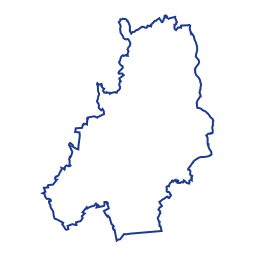 Majagual, Sucre, Colombia
{"feature_id": "7082276B64459562998455", "entity_name": "Majagual", "entity_type": "district", "adm_level": 2, "iso_a3": "COL", "parent_name": "Colombia", "parent_adm1": "Sucre", "projection": "natural_earth1", "projection_center": [-74.68, 8.557], "detail": "fine", "context": "isolated", "style": "outline", "palette": "blue", "viewbox_px": 256, "rotation_deg": 0, "n_neighbors": 0, "source": "geoboundaries", "source_scale": "gbopen_adm2", "svg_char_len": 5790}
<svg xmlns="http://www.w3.org/2000/svg" viewBox="0 0 256 256"><path d="M190.2,25.6L189.3,24.9L188.1,25.3L181.3,25.5L181.1,25.6L181.3,26.3L181.0,27.6L180.3,27.1L179.3,27.6L178.0,27.5L176.0,30.1L174.7,29.0L174.3,26.9L174.7,26.1L174.4,24.7L175.7,24.5L176.2,24.1L176.3,22.3L176.9,22.1L175.0,17.6L175.1,16.9L169.9,18.2L168.8,18.8L166.5,17.5L166.4,17.3L166.9,16.4L165.9,15.5L165.3,15.4L164.5,16.0L164.5,18.1L163.7,18.7L163.6,20.1L162.3,22.2L161.8,22.1L159.3,18.2L157.1,19.7L156.1,20.8L154.6,20.9L153.4,22.7L152.7,22.9L152.2,23.7L150.8,24.9L151.3,25.8L151.1,26.5L147.8,25.6L147.5,25.7L147.3,26.9L146.9,27.6L145.6,27.8L143.4,26.8L141.9,26.8L138.1,29.6L137.2,30.0L136.4,30.0L134.3,31.9L132.6,32.0L131.2,33.6L130.3,31.9L130.1,30.4L129.9,30.5L129.8,28.8L130.0,26.9L129.6,25.3L128.4,22.3L127.1,21.0L127.4,20.7L125.9,19.2L125.2,19.0L123.1,18.8L123.1,19.0L121.6,19.3L120.4,19.3L120.4,20.0L119.8,21.4L118.8,22.0L120.5,25.4L120.7,26.5L120.1,28.7L120.6,32.8L122.8,36.0L123.7,38.3L125.3,39.3L126.3,39.4L127.5,39.0L128.2,39.2L129.3,40.9L130.4,43.4L129.8,45.8L128.3,47.6L127.5,49.5L128.5,51.1L127.6,53.9L127.6,55.1L127.8,55.8L126.6,55.7L126.7,54.8L126.3,55.2L125.5,55.1L123.7,55.9L123.3,55.4L122.4,55.4L121.0,57.1L120.0,60.8L119.1,61.7L119.2,62.7L120.3,64.6L120.7,65.1L122.4,66.0L122.8,67.3L122.3,68.4L119.2,71.4L118.6,72.5L118.5,73.1L118.8,73.6L119.3,73.8L121.7,73.4L122.6,73.9L123.7,75.2L119.3,78.4L119.4,79.1L119.9,79.6L120.0,80.6L120.8,81.2L119.6,82.6L119.2,85.0L120.0,86.8L120.1,88.0L119.9,88.6L118.9,90.0L117.3,91.3L116.9,92.6L115.9,92.7L115.2,92.1L112.5,92.6L110.4,93.5L110.6,92.9L108.5,92.8L106.6,92.3L106.5,92.8L104.5,92.6L104.2,92.6L103.0,90.7L104.2,88.7L102.7,87.9L101.4,86.1L101.9,85.8L101.8,84.6L101.4,83.9L99.0,84.7L97.4,83.2L97.0,84.2L97.8,85.9L98.1,91.1L99.2,94.1L98.3,96.3L97.7,99.6L96.9,101.1L97.5,102.5L98.0,103.1L98.3,103.2L98.6,104.0L98.9,105.4L98.7,107.9L101.2,110.3L102.5,109.0L103.8,111.3L104.0,114.1L97.3,117.3L97.2,117.6L94.7,116.4L92.4,116.6L87.6,117.6L87.0,118.7L87.8,119.1L87.1,120.8L87.0,124.5L85.3,123.8L83.9,123.8L83.6,124.8L82.9,124.7L82.0,127.9L75.8,128.3L75.1,132.0L79.5,132.4L79.8,135.7L78.5,145.8L78.3,149.4L75.4,148.3L72.2,146.2L72.8,145.2L70.3,143.0L69.6,143.3L69.1,144.5L69.1,145.4L69.9,145.7L70.3,147.5L72.0,151.1L72.2,151.9L72.1,153.1L70.9,156.5L70.0,157.8L69.7,157.4L69.1,159.6L69.6,160.3L69.6,164.7L70.5,165.6L70.0,166.1L69.0,165.4L68.3,166.2L66.3,165.4L64.6,167.3L64.9,168.3L64.5,169.5L63.5,168.6L61.5,167.9L61.9,168.9L60.6,171.3L60.4,171.3L58.4,175.6L56.2,176.5L56.3,176.8L55.1,177.5L55.3,179.3L55.5,179.7L55.9,179.9L56.8,179.8L53.0,184.6L48.2,185.1L47.7,186.2L48.2,187.4L43.9,187.8L45.4,191.8L42.6,193.2L44.5,193.9L45.2,196.8L46.7,198.8L49.3,198.9L50.2,199.4L50.7,200.0L50.9,200.8L50.7,201.2L49.0,201.3L49.0,202.4L49.8,204.3L50.6,205.4L50.4,206.6L51.1,208.4L51.6,208.8L53.2,211.5L53.7,215.6L54.4,218.1L55.1,218.9L56.9,219.4L63.2,222.8L62.8,223.8L62.2,224.2L64.2,227.0L65.0,228.6L66.2,229.7L67.2,229.6L68.4,229.0L67.6,226.0L72.3,224.2L74.6,224.6L75.7,225.1L76.6,224.9L76.1,222.3L80.6,221.1L82.7,218.0L81.8,216.2L84.7,213.5L82.5,212.3L86.7,207.3L87.1,208.5L90.0,206.9L94.2,205.7L95.9,203.5L98.2,205.2L96.9,205.7L96.5,207.5L103.9,206.0L104.5,204.6L104.4,202.0L106.7,202.0L106.9,203.3L107.7,203.0L107.9,203.5L107.4,204.1L108.8,208.4L103.9,211.0L105.4,213.9L107.3,216.4L107.6,216.7L108.1,215.9L109.6,217.5L111.3,223.5L111.8,224.5L112.3,224.5L113.7,226.5L112.9,227.1L112.9,228.4L113.6,229.7L113.9,229.9L114.5,229.7L116.7,240.6L118.2,239.6L120.1,239.3L124.0,234.1L126.6,234.3L129.7,233.7L161.6,231.0L160.5,226.2L159.6,226.1L159.3,222.8L159.7,221.8L158.8,221.2L157.7,218.0L158.1,217.1L159.0,215.9L159.8,213.4L160.3,213.3L160.3,212.4L159.8,210.8L158.4,209.6L159.8,207.3L160.6,207.1L162.0,205.9L160.4,204.0L159.4,201.8L160.5,201.3L162.5,199.5L164.6,198.5L165.9,197.3L167.0,196.7L167.6,196.7L168.4,197.9L169.1,198.0L171.0,195.3L170.9,194.8L170.3,194.4L169.9,193.2L168.9,192.0L168.6,191.8L167.9,192.1L166.7,191.5L166.6,190.5L166.9,189.4L166.5,186.9L167.7,186.1L169.0,186.3L169.1,185.2L169.8,183.6L170.4,182.7L171.6,181.9L172.1,180.6L172.4,180.6L173.2,181.6L174.1,180.4L175.0,180.5L175.7,179.9L176.2,181.8L177.0,182.4L177.1,181.2L176.9,180.9L177.6,180.7L177.7,180.4L177.9,180.5L177.4,181.7L178.1,181.6L177.9,182.2L178.3,182.1L178.9,183.0L179.8,183.1L181.8,182.0L182.9,181.8L183.5,181.1L183.8,180.3L184.2,180.5L183.1,181.9L183.2,182.2L184.5,180.9L186.7,182.9L189.1,183.6L189.5,182.7L189.3,180.7L191.4,179.7L191.8,180.1L191.8,178.3L191.2,177.8L191.4,177.2L192.1,176.5L192.2,175.8L190.9,175.4L190.4,175.0L190.1,174.3L190.4,171.1L190.1,170.4L189.2,169.8L188.2,169.7L188.0,169.4L188.7,168.1L190.6,165.7L192.5,162.9L192.9,162.8L193.1,162.0L194.3,160.6L198.6,157.8L201.1,157.0L204.4,157.0L208.2,156.3L209.9,155.7L210.2,155.1L211.0,155.0L211.4,154.7L211.5,153.4L211.1,151.5L209.4,149.0L208.5,146.7L208.2,145.5L208.5,145.4L208.5,144.4L207.8,144.6L207.6,144.0L207.6,138.1L207.5,137.5L206.3,135.5L206.9,135.3L207.5,134.3L208.4,133.6L209.0,133.5L209.3,133.8L210.3,133.8L211.0,133.0L211.5,132.9L212.0,133.3L212.7,132.6L212.7,129.7L212.4,129.0L212.3,126.5L213.0,125.3L212.8,121.9L213.4,120.9L213.0,120.3L212.8,119.3L210.6,117.3L208.0,113.6L207.2,113.2L206.3,112.1L204.5,110.8L203.7,110.7L202.4,110.1L201.1,108.7L198.8,108.0L197.4,107.9L197.1,107.2L196.9,103.7L196.7,103.4L196.8,102.4L198.0,99.5L199.0,98.5L199.9,96.7L200.7,96.5L200.3,94.2L199.7,93.4L199.5,92.7L200.0,90.8L200.0,90.2L200.4,89.4L200.6,86.8L201.1,84.5L200.3,82.1L200.1,80.3L198.5,77.4L196.1,75.0L195.1,72.1L195.3,71.4L194.9,69.4L195.1,69.4L195.3,69.0L195.6,67.7L198.5,63.9L199.0,62.6L199.1,61.5L198.5,59.9L195.8,56.6L196.0,54.6L197.2,50.4L197.1,46.9L196.1,43.0L194.5,39.4L193.9,36.5L192.3,34.0L192.0,33.7L191.2,34.2L190.8,33.1L191.2,32.9L190.1,30.3L189.7,28.2L190.2,25.6Z" fill="none" stroke="#1e3a8a" stroke-width="2"/></svg>